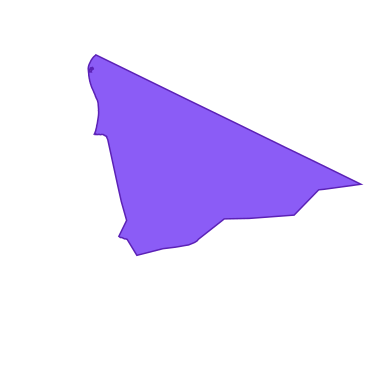 the district of Iriona, Colón, Honduras, rotated 296°
{"feature_id": "27666195B61075928676863", "entity_name": "Iriona", "entity_type": "district", "adm_level": 2, "iso_a3": "HND", "parent_name": "Honduras", "parent_adm1": "Colón", "projection": "equal_earth", "projection_center": [-85.194, 15.529], "detail": "fine", "context": "isolated", "style": "filled", "palette": "violet", "viewbox_px": 384, "rotation_deg": 296, "n_neighbors": 0, "source": "geoboundaries", "source_scale": "gbopen_adm2", "svg_char_len": 4290}
<svg xmlns="http://www.w3.org/2000/svg" viewBox="0 0 384 384"><g transform="rotate(296 192 192)"><path d="M273.0,340.4L273.1,291.8L273.0,255.2L273.1,201.1L273.0,147.1L273.1,45.5L272.8,45.5L272.6,45.4L272.2,45.2L271.9,45.0L271.5,44.9L270.2,44.3L269.8,44.3L268.9,44.0L267.9,43.9L267.3,43.7L266.8,43.7L266.1,43.6L265.3,43.6L264.8,43.6L264.0,43.6L262.7,43.6L262.1,43.6L260.7,43.7L259.8,43.9L258.8,44.1L258.4,44.3L258.0,44.4L257.2,44.7L256.8,45.0L256.4,45.2L256.2,45.4L256.2,45.5L256.3,45.6L256.3,45.8L256.4,45.7L256.5,45.6L256.3,46.1L256.2,46.2L256.2,46.3L256.3,46.3L256.5,46.1L256.6,45.9L256.8,45.9L257.1,46.0L257.3,46.2L257.4,46.3L257.4,46.5L257.5,46.6L257.8,46.7L258.0,46.7L258.3,46.6L258.7,46.3L258.8,46.3L259.1,46.4L259.2,46.5L259.3,46.6L259.4,46.8L259.4,47.2L259.3,47.4L259.4,47.5L259.5,47.5L259.8,47.4L260.0,47.5L260.3,47.7L260.3,47.8L260.3,48.0L260.1,48.1L260.0,48.3L260.0,48.7L259.8,48.9L259.6,49.2L259.5,49.3L259.4,49.4L259.2,49.4L259.0,49.1L258.9,48.9L258.9,48.7L258.7,48.6L258.5,48.4L258.3,48.2L258.1,48.2L257.9,47.8L257.9,47.7L257.7,47.5L257.5,47.8L257.5,48.0L257.4,47.9L257.3,48.0L257.2,48.0L257.3,48.1L257.6,48.2L257.8,48.3L257.7,48.4L257.3,48.4L257.2,48.4L257.1,48.2L256.9,48.0L256.6,48.0L256.4,47.9L256.3,48.0L256.3,48.4L256.2,48.5L256.1,48.1L256.0,48.4L255.9,48.5L255.9,48.4L255.5,48.2L255.4,48.0L255.2,47.8L255.1,47.7L255.1,47.4L255.4,46.8L255.9,46.4L256.0,46.1L256.1,45.9L256.2,45.7L256.1,45.4L255.1,46.0L254.8,46.2L254.4,46.4L254.0,46.7L252.7,47.5L252.2,47.8L251.9,47.9L251.8,48.0L251.5,48.2L251.1,48.4L250.5,48.9L250.2,49.1L249.4,49.6L249.1,49.8L248.9,50.1L248.5,50.3L248.3,50.5L248.0,50.7L247.7,50.9L247.3,51.2L246.8,51.6L246.5,51.8L246.4,52.0L246.0,52.3L245.7,52.6L245.2,53.0L244.9,53.2L244.7,53.5L244.2,53.9L243.8,54.4L243.3,54.7L242.8,55.3L242.4,55.7L242.1,56.0L241.7,56.4L241.4,56.9L240.9,57.5L240.5,57.9L240.3,58.2L239.7,58.9L239.5,59.2L239.2,59.5L238.6,60.1L238.3,60.5L238.2,60.6L237.9,61.0L237.7,61.2L237.7,61.3L237.4,61.6L237.1,61.9L236.6,62.5L236.3,62.7L236.1,62.9L235.8,63.2L235.6,63.4L235.5,63.5L235.4,63.7L235.1,64.0L234.9,64.3L234.6,64.6L234.3,64.9L234.1,65.2L233.7,65.8L232.7,67.0L232.4,67.3L232.1,67.5L231.9,67.6L231.6,67.9L231.2,68.3L230.8,68.6L230.6,68.7L230.5,68.8L230.3,68.9L229.7,69.2L229.5,69.4L229.3,69.5L229.0,69.6L228.4,70.0L228.0,70.2L227.8,70.4L227.5,70.5L227.3,70.6L227.0,70.8L226.6,71.1L226.3,71.2L226.1,71.3L225.7,71.6L225.2,71.9L224.7,72.0L224.4,72.1L224.2,72.3L223.8,72.5L223.4,72.8L221.9,73.5L221.3,73.8L220.8,74.0L220.4,74.1L220.2,74.2L219.9,74.4L219.7,74.4L218.8,74.7L218.6,74.8L218.2,74.9L217.9,75.1L217.6,75.1L217.0,75.3L216.6,75.4L216.3,75.5L216.0,75.6L215.8,75.7L215.6,75.8L215.3,75.8L215.1,75.8L214.9,75.9L214.5,76.1L213.7,76.3L213.3,76.4L212.9,76.6L212.7,76.7L212.4,76.7L212.2,76.8L211.9,76.9L211.1,77.0L210.8,77.1L209.4,77.4L209.1,77.6L208.4,77.8L207.9,77.9L207.6,78.0L206.8,78.1L206.3,78.2L205.9,78.3L205.2,78.5L204.8,78.6L204.4,78.6L203.7,78.7L202.4,78.8L202.0,78.9L201.8,78.9L201.5,78.8L201.3,78.8L201.4,79.0L201.5,79.0L201.8,79.2L201.8,79.3L201.7,79.4L201.5,79.5L201.3,79.5L201.2,79.6L201.3,79.7L201.6,80.0L201.8,80.1L201.7,80.2L201.5,80.5L201.7,80.9L201.8,81.0L202.0,81.1L202.1,81.4L202.2,81.7L202.3,82.3L202.5,82.5L202.9,82.8L203.0,82.9L203.1,83.3L203.2,83.5L203.2,84.2L203.2,84.3L203.4,84.6L203.6,84.9L203.7,85.0L203.8,85.2L204.0,85.3L204.1,85.5L204.2,85.8L204.5,86.4L204.6,86.6L204.7,86.8L204.7,87.0L204.7,87.3L204.6,87.5L204.5,87.9L204.7,88.5L204.7,88.8L204.4,89.3L204.4,89.5L204.4,89.8L204.6,90.2L204.6,90.3L204.6,90.5L204.6,90.8L204.5,91.0L204.4,91.0L204.0,91.2L203.8,91.3L203.6,91.6L202.2,93.3L165.4,122.3L152.6,132.5L137.8,145.7L120.1,145.7L120.1,145.8L120.0,146.2L119.9,146.7L119.8,147.0L119.7,147.2L119.7,147.3L119.7,147.6L119.8,147.9L120.0,148.3L120.2,148.6L120.3,148.9L120.3,149.0L120.3,149.3L120.4,149.5L120.4,149.9L120.3,150.2L120.3,150.5L120.3,151.0L120.3,151.3L120.3,151.5L120.3,151.9L120.5,152.3L120.6,152.5L120.7,152.8L120.9,153.0L120.9,153.6L120.9,153.8L120.9,154.1L120.9,154.3L121.0,154.4L121.0,154.5L110.9,170.2L128.3,190.7L135.1,201.2L137.8,205.0L140.0,208.0L142.0,210.8L142.9,212.1L146.9,215.7L148.0,216.6L150.3,218.0L151.6,218.3L152.1,218.4L152.4,218.5L182.0,232.8L193.4,255.1L212.8,288.4L216.0,293.9L249.5,304.9L252.2,309.3L273.0,340.4Z" fill="#8b5cf6" stroke="#5b21b6" stroke-width="1.5"/></g></svg>